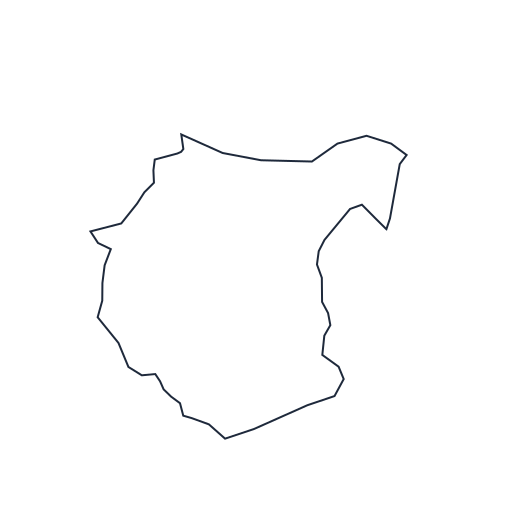 the District of Cimişlia, rotated 307°
{"feature_id": "MDA-1633", "entity_name": "Cimişlia", "entity_type": "District", "adm_level": 1, "iso_a3": "MDA", "parent_name": "Moldova", "parent_adm1": "", "projection": "equal_earth", "projection_center": [28.851, 46.62], "detail": "fine", "context": "isolated", "style": "outline", "palette": "slate", "viewbox_px": 512, "rotation_deg": 307, "n_neighbors": 0, "source": "natural_earth", "source_scale": "10m", "svg_char_len": 864}
<svg xmlns="http://www.w3.org/2000/svg" viewBox="0 0 512 512"><g transform="rotate(307 256 256)"><path d="M427.3,315.5L415.9,315.5L366.6,340.4L355.9,344.0L355.9,343.7L357.9,328.9L360.7,309.7L350.2,302.8L310.1,301.0L297.6,303.2L285.9,309.8L278.2,321.7L259.1,336.4L253.8,347.9L245.5,357.0L233.5,358.5L216.9,368.5L217.3,388.6L210.5,400.1L191.4,403.0L167.7,386.8L116.6,358.5L91.5,341.2L93.2,319.7L87.8,302.1L84.7,294.0L92.7,283.9L92.6,272.9L93.9,262.5L98.2,254.8L101.1,246.6L92.0,236.6L90.6,220.9L103.8,198.5L111.8,166.4L127.8,160.1L142.0,149.6L157.5,140.7L174.1,135.9L171.3,122.0L176.0,109.0L200.9,128.8L226.3,129.5L239.7,128.5L253.1,130.4L262.7,122.5L272.1,117.1L290.5,131.5L294.1,133.5L297.7,133.6L308.1,123.2L318.2,167.4L335.5,202.4L365.1,243.8L394.8,253.4L418.5,271.9L427.1,296.3L427.3,315.3L427.3,315.5Z" fill="none" stroke="#1e293b" stroke-width="2"/></g></svg>